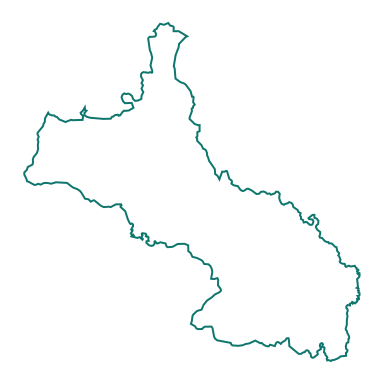 the district of Ambatolampy, Vakinankaratra, Madagascar
{"feature_id": "10022922B90393204210047", "entity_name": "Ambatolampy", "entity_type": "district", "adm_level": 2, "iso_a3": "MDG", "parent_name": "Madagascar", "parent_adm1": "Vakinankaratra", "projection": "orthographic", "projection_center": [47.599, -19.422], "detail": "fine", "context": "isolated", "style": "outline", "palette": "teal", "viewbox_px": 384, "rotation_deg": 0, "n_neighbors": 0, "source": "geoboundaries", "source_scale": "gbopen_adm2", "svg_char_len": 6000}
<svg xmlns="http://www.w3.org/2000/svg" viewBox="0 0 384 384"><path d="M187.2,36.3L178.7,31.2L173.6,31.2L173.7,27.1L172.4,26.0L170.1,25.6L168.3,23.0L164.0,24.8L160.1,23.8L157.7,26.8L156.9,28.6L154.4,30.1L153.8,31.1L154.8,31.4L156.1,33.8L155.7,35.9L154.7,36.6L149.6,36.9L148.6,37.7L148.2,38.8L149.9,50.4L151.1,53.0L152.2,57.7L150.5,65.6L152.3,70.9L152.2,72.5L151.7,72.7L150.2,72.1L148.5,72.8L143.4,72.1L141.7,73.1L141.2,73.9L141.0,76.5L142.9,80.2L141.5,83.2L143.0,85.3L141.5,88.7L143.3,92.2L141.6,95.6L141.3,99.0L138.1,100.5L135.2,100.9L133.2,99.2L131.9,95.8L129.7,94.1L128.1,93.6L126.1,94.1L124.2,93.4L122.8,94.5L121.8,96.4L121.6,97.7L123.1,101.3L124.9,103.2L131.7,102.9L133.5,107.8L128.8,110.5L125.1,110.9L124.1,110.6L122.5,112.0L120.2,115.3L118.7,115.7L118.5,115.0L117.7,114.7L115.0,115.1L113.2,116.6L112.0,116.8L110.7,118.7L103.4,118.9L90.4,117.8L87.3,117.0L84.5,115.4L84.4,113.1L86.5,110.7L85.1,110.1L84.8,107.4L82.9,110.7L80.6,112.8L81.2,114.2L83.0,115.9L82.6,119.9L72.6,120.2L71.1,119.8L65.5,122.0L59.2,119.4L57.0,117.0L55.3,116.5L54.3,115.5L52.0,115.4L49.1,114.3L48.2,112.7L45.1,118.2L44.7,122.1L43.5,124.0L43.0,126.2L37.6,132.8L37.5,134.2L38.7,136.7L37.6,139.8L38.4,141.5L37.8,145.1L38.2,148.6L37.0,152.9L33.5,157.3L32.8,159.9L33.1,161.9L32.5,164.6L27.8,167.0L26.8,169.9L24.3,172.5L24.3,174.6L26.5,179.1L27.0,181.3L28.7,181.8L34.3,184.9L36.0,184.8L38.1,183.8L40.7,184.6L43.9,183.0L46.9,182.9L51.3,183.7L55.9,182.3L67.0,182.9L72.8,187.4L77.2,189.1L79.7,190.7L81.2,192.4L85.0,198.7L88.5,199.3L90.8,201.7L93.1,200.4L94.3,200.4L100.8,205.7L103.7,207.1L109.1,206.7L110.7,207.1L116.0,204.3L121.1,204.3L121.5,205.3L120.6,206.2L120.5,206.9L125.3,211.3L127.8,219.2L129.8,223.3L130.5,224.0L131.6,223.5L133.0,224.4L133.0,226.3L131.7,228.3L132.3,229.2L131.3,229.8L132.5,230.9L130.8,233.4L131.5,234.2L133.2,234.7L133.9,235.8L133.3,236.3L131.6,235.8L131.3,236.4L137.2,237.9L139.7,237.2L142.4,239.7L142.9,239.0L141.7,237.4L141.8,236.3L142.5,235.4L141.8,234.5L141.8,233.6L142.4,233.2L145.7,233.7L146.4,235.0L145.8,236.2L146.7,236.8L148.1,236.7L148.5,237.4L148.3,239.5L148.7,240.9L146.6,241.2L146.3,242.8L149.1,245.3L151.5,245.9L153.3,245.4L154.6,243.7L154.5,241.6L155.0,241.2L156.9,243.4L157.7,243.5L160.4,242.3L165.5,243.4L166.6,246.5L167.7,247.2L172.6,246.8L177.6,244.0L184.5,243.8L188.2,245.3L188.3,251.1L190.6,253.0L192.4,256.8L197.0,258.0L201.4,260.1L202.6,261.1L204.2,264.0L208.5,264.3L210.5,266.2L211.8,269.0L212.3,272.1L211.1,278.7L213.9,279.1L217.4,278.1L218.2,280.0L218.0,285.3L220.5,288.7L221.0,290.2L220.7,291.1L218.8,292.6L215.0,294.4L212.0,297.2L207.0,300.6L203.6,304.8L201.6,309.6L197.0,311.0L193.2,314.6L192.5,316.0L191.8,321.3L190.9,323.9L195.1,326.3L196.3,328.3L197.8,329.1L202.1,329.0L203.7,327.3L204.9,326.7L211.4,326.6L212.5,328.1L214.1,336.6L215.0,338.5L217.1,340.3L230.7,342.9L231.4,344.6L232.4,345.4L238.2,345.8L242.5,345.3L245.7,344.0L249.2,343.4L255.3,340.6L260.2,343.2L261.8,343.0L263.4,344.6L266.1,346.0L267.9,346.4L268.9,346.1L270.0,344.7L274.8,346.1L276.2,342.9L277.4,342.0L278.7,342.3L280.8,343.9L281.8,342.6L285.4,340.3L286.7,338.3L288.0,338.2L288.5,338.2L288.9,340.0L289.4,346.2L298.8,353.9L300.9,353.9L303.3,352.4L304.8,352.1L305.8,350.6L307.2,350.3L308.5,350.9L309.4,352.9L310.4,353.3L311.2,356.9L312.3,357.7L313.6,357.6L317.7,354.5L317.9,353.8L317.1,352.0L317.5,351.1L321.0,349.0L319.8,345.7L320.2,344.1L321.5,343.1L322.5,343.4L323.0,344.4L322.1,346.3L322.4,347.0L324.1,347.3L324.5,347.8L324.0,352.4L325.2,353.4L325.3,354.7L327.4,357.2L326.7,358.8L327.2,360.4L328.6,360.1L331.1,361.0L331.9,360.2L334.5,359.8L338.4,358.1L340.5,356.4L346.1,355.8L346.0,352.7L346.9,352.1L347.6,350.3L346.1,348.7L345.8,346.1L346.7,343.0L348.3,342.3L348.5,339.0L349.2,338.2L349.0,336.2L347.2,332.7L346.9,331.0L345.9,329.9L345.7,328.6L346.8,324.9L346.9,319.8L347.5,316.3L346.9,313.2L347.8,310.6L347.3,308.8L346.4,308.2L346.3,306.5L347.5,305.1L350.0,305.4L349.8,303.9L351.5,303.1L352.2,301.9L352.8,302.2L352.9,303.5L353.9,303.0L355.1,303.3L355.4,302.5L356.3,302.4L357.3,301.2L357.1,299.1L358.5,299.5L359.1,299.0L359.0,298.3L358.1,298.0L358.5,297.0L357.7,296.0L358.8,295.9L359.5,295.2L359.5,293.0L358.4,292.5L358.9,290.9L358.0,290.5L358.6,288.6L356.8,287.9L358.0,287.0L357.1,279.1L359.4,276.8L359.2,275.8L359.7,274.9L359.4,273.2L358.0,274.1L357.4,273.5L357.7,272.5L357.1,271.5L358.3,270.5L358.3,269.7L356.8,269.5L356.7,268.2L355.7,267.5L354.8,265.8L350.9,266.5L348.7,265.7L346.1,266.9L345.3,266.3L345.2,264.8L344.6,263.8L342.6,263.8L340.3,262.6L339.7,261.8L340.5,259.9L339.2,256.3L338.3,255.5L339.2,253.2L337.2,251.0L336.5,247.2L335.0,246.7L331.8,243.5L329.0,243.3L328.4,242.1L327.2,242.2L324.7,241.0L322.2,238.1L319.8,237.5L319.4,236.2L320.2,234.0L320.2,232.0L317.3,229.8L315.8,227.1L316.2,225.8L318.2,223.9L318.4,220.8L316.8,218.6L314.4,217.8L314.4,214.9L312.5,214.9L308.5,218.1L309.0,219.1L312.1,219.5L313.1,220.3L313.4,221.6L312.4,224.5L311.1,224.9L309.7,224.7L306.5,221.9L303.7,222.5L303.1,220.1L301.0,219.0L301.0,216.9L300.0,215.5L300.6,213.1L298.3,211.9L297.7,210.0L293.4,207.1L292.6,204.3L291.6,203.1L289.2,202.1L287.6,203.3L285.2,203.9L284.0,204.8L281.6,203.7L280.0,200.8L279.2,197.9L279.7,193.7L278.0,191.8L276.0,191.7L274.9,193.3L270.9,194.7L269.7,193.5L267.3,193.8L265.2,192.1L263.4,191.5L260.9,191.9L259.0,193.8L256.5,194.0L251.8,190.5L248.2,188.7L246.9,188.8L244.0,190.8L242.5,191.0L240.6,190.0L237.8,186.1L233.7,185.3L231.4,183.6L232.0,181.8L231.6,180.5L229.3,178.8L227.0,171.2L226.1,170.9L224.2,171.8L222.2,171.6L219.4,179.3L217.4,175.6L215.2,174.1L214.8,169.1L209.0,160.7L208.2,157.6L207.2,155.7L207.0,153.0L206.1,150.6L205.1,149.5L203.1,148.7L201.5,145.2L197.1,140.7L197.2,138.7L196.3,137.5L197.4,136.1L197.3,132.2L199.6,131.2L199.6,125.1L198.1,125.2L194.7,124.0L189.5,118.9L189.7,117.2L191.9,111.3L191.7,108.6L193.0,107.8L193.1,106.3L194.7,104.6L193.1,102.1L193.6,97.3L193.3,96.7L192.1,96.8L190.5,91.0L185.6,84.5L184.0,83.4L180.3,82.1L175.5,78.6L174.7,68.7L173.8,66.2L175.6,55.2L178.6,47.3L179.1,43.8L185.6,37.1L187.2,36.3Z" fill="none" stroke="#0f766e" stroke-width="2"/></svg>